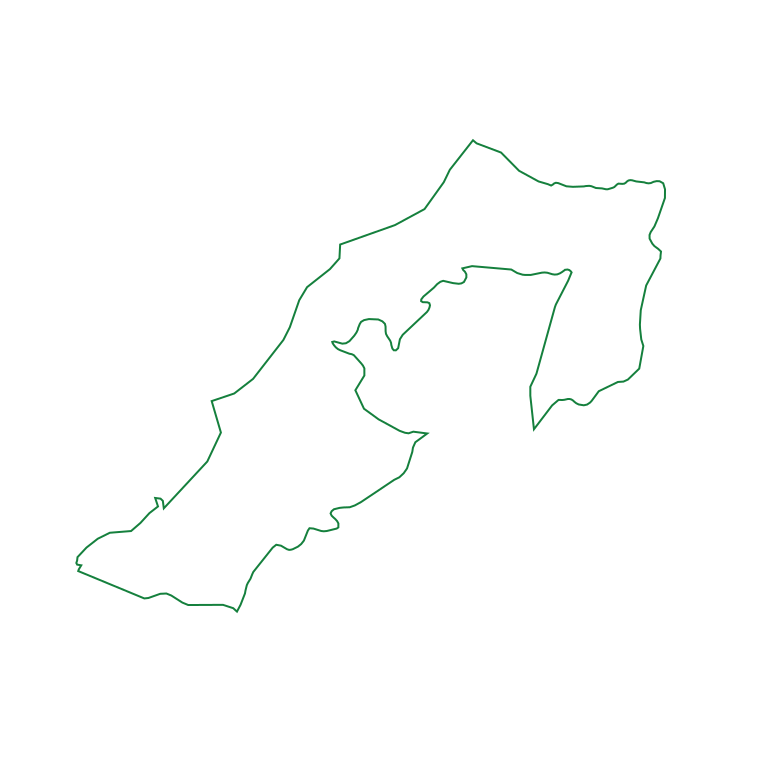 map outline of South Lebanon (Albers equal-area conic projection), rotated 18°
{"feature_id": "LBN-3060", "entity_name": "South Lebanon", "entity_type": "Province", "adm_level": 1, "iso_a3": "LBN", "parent_name": "Lebanon", "parent_adm1": "", "projection": "albers", "projection_center": [35.407, 33.345], "detail": "fine", "context": "isolated", "style": "outline", "palette": "green", "viewbox_px": 768, "rotation_deg": 18, "n_neighbors": 0, "source": "natural_earth", "source_scale": "10m", "svg_char_len": 3429}
<svg xmlns="http://www.w3.org/2000/svg" viewBox="0 0 768 768"><g transform="rotate(18 384 384)"><path d="M314.5,645.9L309.9,643.8L299.1,643.8L266.1,654.7L259.8,654.2L247.1,650.9L241.8,650.5L236.0,652.7L226.1,660.3L222.3,662.0L151.0,656.4L151.0,654.7L152.1,650.0L148.0,650.6L146.7,649.3L146.7,646.7L146.0,643.4L151.6,631.5L159.6,619.6L169.2,610.2L188.9,602.0L195.3,591.4L200.8,579.3L206.9,570.3L201.6,563.1L206.9,562.1L209.8,563.5L213.0,570.3L239.9,512.3L243.9,480.6L225.4,453.5L244.5,439.3L257.9,419.6L274.7,373.2L276.9,359.1L277.5,330.5L280.9,315.7L297.1,291.4L302.8,278.3L299.2,264.9L345.3,229.5L368.5,205.1L378.5,173.6L380.4,159.9L393.3,124.7L397.7,126.5L423.8,127.7L446.6,139.5L468.4,143.6L478.1,143.3L481.6,143.6L482.9,142.2L483.9,140.6L485.3,139.5L487.6,139.1L496.4,139.6L502.7,138.1L513.1,134.3L514.7,133.4L518.0,132.1L520.2,131.8L525.0,132.1L530.9,130.6L534.9,130.2L536.7,129.6L540.9,126.7L542.2,125.5L543.9,122.3L545.0,121.0L548.9,120.0L550.6,119.2L551.7,117.9L552.5,116.3L553.6,114.9L555.2,114.0L557.0,113.6L561.3,113.4L569.2,111.8L571.4,111.8L573.6,111.4L575.7,110.4L577.9,108.4L580.6,106.8L583.5,106.0L587.5,106.8L591.1,112.0L593.7,120.3L593.3,141.7L592.5,150.6L590.7,157.1L590.5,160.2L591.7,163.7L595.8,167.6L598.6,169.3L603.1,170.8L606.5,172.4L607.3,176.4L608.1,179.2L602.9,209.3L605.4,234.5L609.0,248.4L610.5,252.4L614.9,262.1L618.9,267.7L622.0,290.5L614.6,304.4L611.0,307.7L605.8,309.8L590.5,324.5L586.7,335.9L585.7,338.0L583.5,340.8L580.6,342.5L575.5,343.3L572.8,342.9L570.6,342.1L568.9,341.3L567.0,340.8L565.1,340.9L563.4,341.5L560.4,343.3L558.6,344.1L554.9,345.2L550.5,352.4L540.6,380.7L526.8,350.0L524.0,341.4L525.8,327.1L522.8,258.1L522.9,255.3L527.2,228.9L527.9,219.9L527.7,219.8L527.4,219.5L526.8,219.1L525.1,218.4L523.2,218.4L520.8,219.5L520.7,219.8L518.8,222.4L517.1,224.4L514.9,226.2L512.5,227.2L510.1,227.6L505.0,227.7L502.3,228.3L499.8,229.3L489.9,234.9L484.8,236.6L482.1,237.2L476.4,237.3L469.7,235.8L431.3,244.7L422.8,249.8L424.1,251.1L426.3,252.2L428.4,254.2L429.4,257.2L428.5,262.3L426.5,264.4L424.1,265.6L418.5,266.7L408.4,267.6L406.0,269.4L403.7,272.6L401.7,276.9L394.5,288.6L393.3,292.0L393.7,293.7L395.5,294.2L400.1,292.9L402.1,293.1L403.4,294.9L403.6,297.1L403.4,299.7L402.6,302.2L386.6,331.4L385.3,336.5L386.4,345.6L384.9,348.3L382.9,348.9L381.0,347.7L378.9,344.6L378.0,342.7L376.5,340.9L372.3,337.6L370.4,335.7L369.3,333.5L367.7,328.8L366.3,326.5L363.1,324.9L358.6,324.4L349.6,326.9L345.3,329.4L343.0,332.0L342.4,334.5L342.1,339.0L342.3,340.4L341.9,343.5L340.8,347.2L337.9,353.9L335.2,357.0L331.9,358.5L323.5,358.9L321.8,360.0L322.6,361.1L324.5,362.6L326.8,364.0L329.3,365.0L331.8,365.4L341.7,365.9L344.1,365.6L346.4,365.9L355.9,371.4L358.3,373.0L360.5,375.2L362.7,382.0L358.7,398.8L372.6,413.7L389.8,419.3L413.3,423.7L419.0,423.9L422.6,423.3L426.6,420.3L440.4,417.7L431.8,429.7L431.2,435.6L431.9,439.9L432.0,457.2L430.3,462.8L427.4,468.0L423.3,472.0L398.7,503.3L393.8,508.5L389.5,511.8L383.7,513.9L380.1,515.5L375.1,518.6L373.5,521.2L373.2,523.6L374.9,525.4L377.1,526.5L379.4,527.5L381.8,528.9L383.7,530.7L384.9,534.5L383.7,536.1L375.0,541.5L372.2,542.7L369.7,543.2L361.5,543.3L357.7,544.2L356.9,546.9L356.2,557.7L354.7,561.8L352.4,565.3L348.3,569.3L346.8,570.3L345.0,571.1L342.8,571.1L336.0,569.6L331.2,570.2L328.7,574.0L317.8,603.1L317.5,605.5L317.2,610.4L316.0,615.3L315.7,617.7L316.1,623.4L316.5,626.1L315.8,638.3L314.5,645.9Z" fill="none" stroke="#15803d" stroke-width="2"/></g></svg>